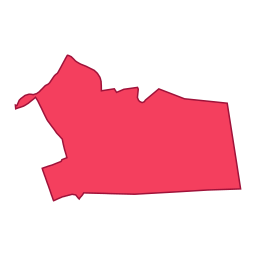 the district of Azaal, Amanat Al Asimah, Yemen
{"feature_id": "15242507B23052795902995", "entity_name": "Azaal", "entity_type": "district", "adm_level": 2, "iso_a3": "YEM", "parent_name": "Yemen", "parent_adm1": "Amanat Al Asimah", "projection": "robinson", "projection_center": [44.226, 15.356], "detail": "fine", "context": "isolated", "style": "filled", "palette": "rose", "viewbox_px": 256, "rotation_deg": 0, "n_neighbors": 0, "source": "geoboundaries", "source_scale": "gbopen_adm2", "svg_char_len": 2735}
<svg xmlns="http://www.w3.org/2000/svg" viewBox="0 0 256 256"><path d="M51.6,126.1L52.6,127.4L53.7,128.8L53.9,129.1L54.3,129.6L56.6,133.0L58.4,134.9L59.1,135.6L60.6,137.3L61.1,137.9L62.3,139.2L62.5,140.4L62.8,141.9L63.2,143.8L63.3,144.4L63.4,144.7L64.6,149.7L64.8,150.3L65.5,152.6L65.8,153.7L66.3,155.2L66.4,155.9L66.9,157.7L64.9,158.5L64.4,158.7L61.9,159.7L61.6,160.3L61.2,161.3L60.7,161.6L58.4,162.5L55.6,163.6L52.2,165.0L48.2,166.2L46.3,166.9L45.0,167.3L42.2,168.3L42.9,170.6L43.9,173.3L44.0,173.7L44.7,175.7L45.4,177.4L45.6,178.2L45.9,179.0L46.1,179.5L46.6,181.0L47.3,183.0L47.8,184.3L48.0,184.8L49.4,188.8L49.9,190.2L50.6,192.3L50.8,192.9L51.6,195.3L51.9,196.0L52.1,196.5L52.7,198.3L53.3,200.1L53.6,200.7L54.2,200.5L57.4,199.0L58.5,198.5L61.4,197.3L62.2,196.9L62.9,196.7L64.8,196.3L65.2,196.1L66.9,195.7L67.4,195.6L68.5,195.2L68.9,195.2L72.1,194.3L74.4,194.7L75.4,194.8L75.8,195.0L76.1,195.4L77.1,196.6L78.1,197.9L79.2,199.0L79.7,198.2L80.4,197.3L80.8,196.8L81.5,196.1L82.2,195.2L82.7,194.6L83.3,193.5L83.7,192.9L104.9,193.4L110.1,193.6L134.6,194.2L177.5,191.8L207.7,190.0L240.6,188.9L236.0,159.1L227.2,103.2L212.9,101.7L184.5,98.8L158.8,88.9L145.4,100.1L145.2,100.4L144.3,101.7L143.0,102.3L142.1,102.6L139.7,101.5L138.5,100.2L137.4,97.5L138.2,89.9L138.2,89.0L137.5,87.4L123.8,89.3L116.6,92.4L114.3,88.8L101.4,90.8L101.3,86.2L101.3,85.2L101.2,84.4L101.1,82.3L101.1,81.6L100.6,79.6L100.3,78.4L99.7,76.9L99.2,76.2L98.4,74.9L97.3,73.2L97.0,73.0L95.6,71.6L95.3,71.4L94.3,70.4L93.7,70.1L86.3,66.4L86.1,66.3L80.6,64.1L78.6,63.0L77.3,62.2L76.9,62.0L76.5,61.7L75.5,61.0L74.8,60.3L74.0,59.4L73.6,59.0L72.9,58.3L71.2,56.7L70.6,56.4L69.9,56.1L68.9,55.6L67.9,55.3L67.4,55.3L67.2,55.5L65.8,58.0L65.3,58.8L64.8,60.0L64.5,60.4L61.7,65.6L61.4,66.2L59.3,70.0L58.7,71.1L58.2,72.0L57.8,72.6L57.5,73.2L56.0,74.3L55.4,74.8L54.9,75.3L54.4,75.8L54.1,76.2L53.6,76.9L53.1,77.6L51.9,79.4L51.3,80.3L51.1,80.6L50.2,81.9L49.8,82.6L48.8,83.6L48.3,84.0L47.9,84.3L45.5,85.5L44.9,86.0L44.6,86.3L41.7,89.3L41.4,89.5L40.2,90.8L39.9,91.0L39.7,91.4L39.2,91.8L38.2,92.5L36.5,93.7L35.9,93.8L34.3,94.3L33.9,94.4L33.2,94.7L32.0,94.4L30.0,94.2L29.5,94.2L29.0,94.2L27.0,94.8L26.5,95.0L25.7,95.2L25.3,95.3L24.8,95.6L23.5,96.6L22.8,97.1L22.6,97.3L20.7,98.7L20.5,99.0L19.2,100.3L19.0,100.8L17.7,103.8L17.1,105.0L16.9,105.5L15.9,105.4L15.4,105.1L15.4,105.6L15.4,106.0L15.5,106.4L15.7,108.8L16.8,108.4L18.8,107.7L20.5,107.2L23.6,106.1L24.1,105.8L24.5,105.6L25.7,104.9L27.6,103.7L28.4,103.2L29.2,102.5L31.8,100.4L33.6,99.0L35.5,97.3L36.3,98.5L37.7,100.7L40.1,105.6L40.9,107.2L41.2,107.7L42.0,109.4L42.5,110.5L43.7,113.0L44.5,114.7L44.8,115.3L45.8,117.3L46.5,118.7L46.9,119.5L47.9,121.1L48.9,122.4L49.7,123.5L51.6,126.1Z" fill="#f43f5e" stroke="#9f1239" stroke-width="1.5"/></svg>